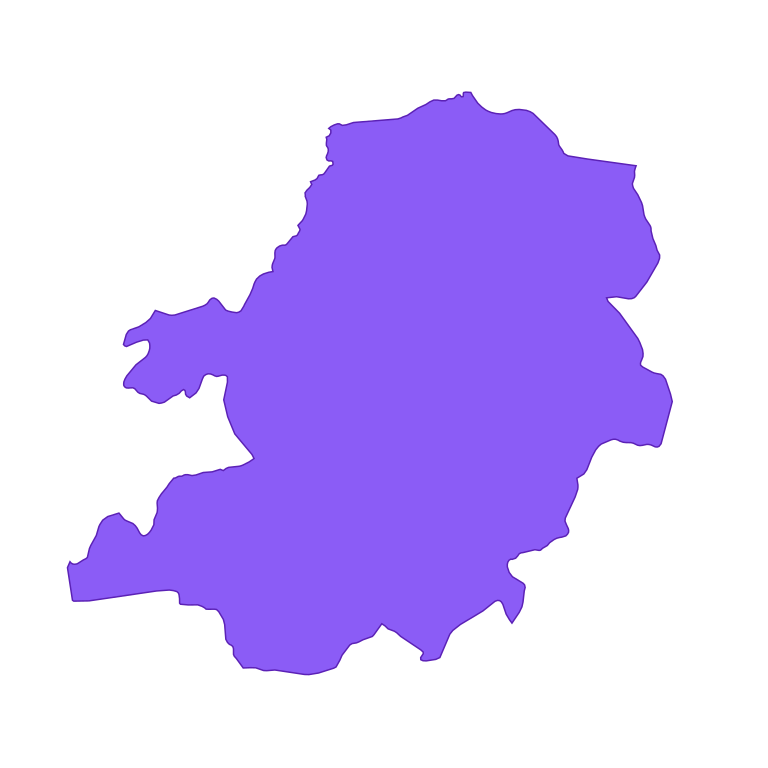 SVG path tracing the border of Centre, rotated 8°
{"feature_id": "CMR-1480", "entity_name": "Centre", "entity_type": "Province", "adm_level": 1, "iso_a3": "CMR", "parent_name": "Cameroon", "parent_adm1": "", "projection": "orthographic", "projection_center": [11.575, 4.696], "detail": "fine", "context": "isolated", "style": "filled", "palette": "violet", "viewbox_px": 768, "rotation_deg": 8, "n_neighbors": 0, "source": "natural_earth", "source_scale": "10m", "svg_char_len": 6131}
<svg xmlns="http://www.w3.org/2000/svg" viewBox="0 0 768 768"><g transform="rotate(8 384 384)"><path d="M429.4,83.2L431.5,86.1L437.8,92.9L442.2,96.1L446.6,98.5L449.2,99.4L452.5,100.2L457.3,100.6L461.7,100.4L463.9,100.0L466.0,99.3L468.2,98.2L472.7,95.4L475.8,94.1L479.8,93.3L486.9,93.2L490.8,94.0L494.0,95.3L518.5,113.2L520.4,115.0L521.8,117.1L522.7,119.2L523.7,122.7L524.5,123.9L527.8,127.4L529.2,129.3L529.9,130.6L534.4,132.5L554.2,132.9L603.3,132.8L602.8,135.1L602.4,138.4L603.2,142.4L603.3,144.5L602.1,150.7L602.2,151.6L602.8,153.4L603.9,155.6L609.0,161.3L613.8,168.5L615.2,171.4L617.9,180.1L618.9,182.1L620.2,184.2L625.2,189.8L626.0,190.9L626.7,192.5L627.2,195.3L630.0,202.5L633.9,209.0L635.8,213.5L639.0,217.9L639.4,221.1L638.4,226.0L630.1,246.5L621.1,262.2L619.8,263.7L617.4,265.0L614.2,265.6L602.2,265.2L592.4,267.7L594.4,271.1L607.5,281.2L629.1,303.7L631.6,307.4L635.2,313.9L636.3,317.7L636.6,320.8L635.6,325.1L635.2,326.2L635.1,327.9L635.5,329.7L637.9,331.2L647.7,334.9L650.0,335.5L652.4,335.7L656.8,335.9L659.2,337.1L662.1,340.1L669.1,354.1L671.9,361.3L666.7,404.6L665.0,407.5L663.3,408.4L661.3,408.5L657.0,407.2L654.8,407.0L652.7,407.2L648.3,408.8L645.9,409.4L643.6,409.3L639.1,407.9L636.8,407.7L631.8,408.3L629.0,408.4L625.4,407.7L623.7,407.0L622.3,406.7L620.8,406.5L618.8,406.8L616.6,407.7L607.5,413.2L605.2,415.8L602.8,419.8L599.9,427.6L596.8,440.6L594.4,445.3L588.1,450.5L590.1,457.0L590.4,459.1L590.5,461.4L589.0,469.3L582.2,491.5L582.3,494.6L584.4,498.2L586.5,501.4L587.2,503.1L587.4,505.1L586.6,507.2L585.2,509.1L581.4,510.9L579.4,511.5L576.5,512.7L574.0,514.4L570.1,518.1L568.2,521.2L563.9,524.6L562.2,526.7L560.8,527.2L556.5,527.1L544.9,531.7L543.6,532.0L542.3,532.7L541.3,533.6L540.3,535.7L538.6,538.2L535.3,539.8L534.0,539.8L533.4,540.2L532.3,541.2L531.4,543.2L531.2,545.5L531.6,548.0L534.2,553.2L538.0,557.0L549.6,562.0L551.2,563.4L552.1,565.9L551.7,569.4L552.0,580.6L551.6,585.5L549.7,591.3L544.0,603.0L541.0,599.9L537.0,594.9L532.4,585.7L531.1,584.1L530.2,583.2L528.6,582.4L526.5,582.5L524.2,583.7L513.5,595.0L493.1,611.5L486.4,618.5L484.0,622.6L477.4,647.1L473.6,649.5L464.4,652.3L461.1,652.6L458.8,651.9L458.4,649.8L460.4,645.6L460.1,644.0L457.3,642.1L435.6,631.6L431.3,628.6L428.8,627.4L422.1,625.9L418.7,623.4L415.2,621.7L409.0,633.6L407.6,635.6L398.8,640.2L395.0,642.9L392.7,644.2L388.5,645.5L386.4,647.3L380.2,658.4L378.7,663.7L375.9,670.9L373.8,672.4L359.4,679.3L350.1,682.2L345.7,682.7L315.7,682.4L307.8,684.2L304.6,684.5L296.5,682.9L291.3,683.5L284.1,684.8L276.0,676.4L273.7,674.5L272.6,672.7L271.8,667.1L270.8,665.0L269.1,663.9L267.1,663.3L265.0,661.7L262.9,658.8L259.7,644.4L257.7,639.5L252.0,632.4L249.5,630.6L247.4,630.6L241.4,631.5L239.1,631.7L237.5,630.6L234.7,629.5L230.3,628.6L221.2,630.0L213.1,630.4L212.1,629.5L211.4,625.0L210.3,621.0L209.4,619.5L207.8,618.4L204.3,617.9L200.1,617.9L187.6,620.6L122.1,639.8L107.0,642.2L105.6,641.5L96.1,609.9L97.8,603.7L99.0,604.8L100.7,605.5L101.7,605.6L103.0,605.5L104.9,604.9L105.8,604.3L110.7,600.1L113.2,598.4L114.4,597.0L115.2,587.9L116.1,584.7L120.2,574.0L121.5,565.0L122.2,562.7L124.4,558.0L128.9,553.7L139.5,548.7L145.1,553.9L146.5,554.8L148.3,555.4L154.7,557.1L157.4,558.9L159.5,561.0L162.8,565.5L164.5,567.1L166.7,567.9L168.7,567.3L170.7,565.8L172.3,563.7L173.7,561.2L175.7,555.4L175.2,550.4L177.2,542.9L177.2,541.2L177.0,538.6L175.9,533.5L175.8,531.2L177.0,527.7L178.9,523.7L183.4,516.4L185.2,512.5L188.9,506.5L190.5,506.1L193.1,504.2L194.2,503.8L196.4,503.5L197.6,502.8L198.6,502.0L200.1,501.4L202.2,501.1L206.6,501.4L210.4,500.3L217.3,496.8L226.1,494.9L233.7,491.3L236.9,492.1L239.4,489.6L241.7,488.2L252.1,485.6L253.6,485.0L255.3,484.1L261.2,480.0L265.7,475.9L263.1,472.2L243.2,454.2L233.8,438.2L227.5,422.0L228.7,404.0L227.9,398.6L226.2,397.5L224.6,397.4L222.5,397.7L218.9,399.3L217.3,399.8L215.3,399.5L213.1,398.7L210.8,398.2L208.3,398.4L206.2,399.5L204.4,401.3L203.5,404.2L201.4,414.2L199.1,419.0L193.5,424.7L190.3,423.4L188.9,421.7L188.4,419.4L187.7,418.0L186.3,417.4L184.3,419.0L182.5,421.7L179.9,423.8L176.8,425.2L169.1,432.5L166.3,433.8L163.9,434.5L156.2,433.3L150.3,428.9L148.3,427.9L146.9,427.6L143.4,427.3L141.4,426.4L137.8,423.3L135.8,422.7L133.6,423.1L131.4,423.6L129.3,423.7L127.6,422.9L126.8,422.0L126.4,421.3L126.2,420.1L126.1,418.2L126.8,415.2L128.2,411.7L135.7,399.5L144.1,390.8L145.4,388.8L146.2,386.8L146.9,383.6L147.1,381.2L146.8,378.7L146.1,376.0L143.9,373.2L139.6,374.0L133.2,377.0L123.8,382.7L121.9,382.3L120.5,381.1L121.9,370.8L123.6,367.1L125.3,365.6L133.1,361.6L139.6,356.3L143.6,351.6L147.3,343.0L161.6,345.6L164.3,345.5L167.3,344.8L193.7,332.2L195.7,330.9L197.6,329.2L198.6,327.5L199.7,325.1L200.3,324.4L201.8,323.0L203.7,322.5L206.5,323.4L208.8,324.9L216.9,332.8L219.4,333.5L223.5,333.9L228.2,333.9L230.3,333.0L232.2,331.4L234.4,326.3L234.8,324.8L238.9,314.1L240.7,307.5L241.4,303.1L242.1,300.6L243.2,297.8L246.0,294.3L249.3,291.8L254.3,289.4L258.4,288.1L256.9,284.2L256.8,281.9L257.0,280.3L258.4,274.9L258.4,273.6L257.7,269.4L257.7,266.9L258.2,265.5L259.1,264.0L261.4,261.9L263.0,261.1L264.3,260.6L266.6,260.3L267.4,259.9L268.4,258.8L273.3,250.8L276.5,249.5L277.2,248.9L277.7,248.0L278.4,245.9L279.0,244.7L279.3,243.4L279.3,242.5L276.7,238.9L280.4,233.6L281.1,232.0L282.9,226.6L283.2,223.3L283.0,216.4L282.5,214.3L282.2,213.4L279.9,209.2L279.8,207.9L279.2,205.7L280.7,202.8L283.2,199.6L284.7,196.5L283.1,193.9L287.3,191.6L289.1,189.9L290.4,186.4L291.9,185.8L293.6,185.4L295.0,184.6L296.0,183.0L299.7,175.8L302.4,174.6L303.0,173.4L302.2,170.7L300.4,170.4L298.2,170.8L296.4,170.1L295.2,167.8L295.4,165.9L296.0,164.0L296.4,161.5L296.1,159.1L295.3,157.6L294.4,156.7L293.7,155.6L293.4,153.4L293.3,149.7L292.4,147.7L295.2,145.8L296.4,142.8L296.0,139.9L293.7,138.6L295.5,136.6L298.6,134.4L301.8,132.8L303.6,132.6L306.7,133.7L310.6,132.6L317.4,129.3L360.8,119.6L363.9,118.1L365.4,117.0L369.8,114.7L379.1,106.2L386.6,101.4L390.2,98.2L393.8,95.9L397.7,95.4L401.6,95.5L405.3,95.0L406.5,94.2L407.3,93.3L408.6,92.6L411.2,92.2L413.6,91.4L416.1,87.8L417.7,87.0L419.2,87.4L420.0,88.3L420.7,88.8L422.3,88.4L422.4,87.7L422.1,85.1L422.3,84.3L424.3,83.6L429.4,83.2Z" fill="#8b5cf6" stroke="#5b21b6" stroke-width="1.5"/></g></svg>